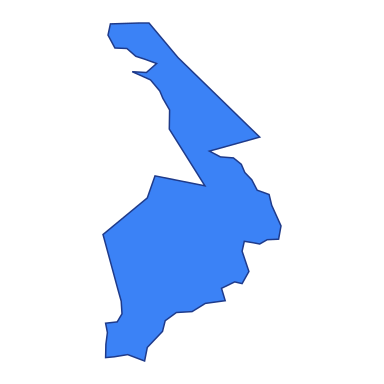 outline of Vale Real, Rio Grande do Sul, Brazil
{"feature_id": "56859067B17204755964943", "entity_name": "Vale Real", "entity_type": "district", "adm_level": 2, "iso_a3": "BRA", "parent_name": "Brazil", "parent_adm1": "Rio Grande do Sul", "projection": "orthographic", "projection_center": [-51.249, -29.357], "detail": "fine", "context": "isolated", "style": "filled", "palette": "blue", "viewbox_px": 384, "rotation_deg": 0, "n_neighbors": 0, "source": "geoboundaries", "source_scale": "gbopen_adm2", "svg_char_len": 873}
<svg xmlns="http://www.w3.org/2000/svg" viewBox="0 0 384 384"><path d="M105.6,323.2L107.4,332.6L105.9,344.2L105.6,357.6L114.2,356.8L127.7,354.6L144.6,361.0L147.3,347.4L162.5,331.4L165.2,320.7L176.4,312.5L192.1,311.6L205.3,303.4L225.2,300.7L221.5,288.3L234.7,281.9L242.1,283.6L248.9,271.5L242.1,251.2L244.3,241.3L253.0,242.7L259.7,244.0L267.2,239.7L278.6,239.2L281.0,225.9L271.7,205.3L269.1,194.5L257.2,190.2L251.8,179.8L244.8,172.5L241.3,164.3L233.4,157.9L220.4,156.9L209.4,151.1L259.7,137.1L247.4,125.2L178.0,57.6L149.0,23.0L139.3,23.0L110.4,23.9L108.0,35.1L114.9,48.0L126.9,48.5L135.8,56.3L144.5,59.1L156.6,63.5L146.4,72.5L132.2,71.7L150.5,79.9L159.8,91.0L162.9,98.4L169.6,110.0L169.3,129.1L174.9,138.0L204.9,185.8L155.0,175.9L147.3,197.9L103.0,234.5L117.6,288.3L121.2,301.2L122.0,313.8L117.2,321.9L105.6,323.2Z" fill="#3b82f6" stroke="#1e3a8a" stroke-width="1.5"/></svg>